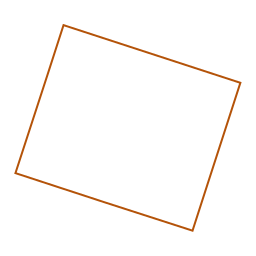 the district of Waseca, Minnesota, United States of America, rotated 108°
{"feature_id": "52423323B56333965571995", "entity_name": "Waseca", "entity_type": "district", "adm_level": 2, "iso_a3": "USA", "parent_name": "United States of America", "parent_adm1": "Minnesota", "projection": "robinson", "projection_center": [-93.527, 44.022], "detail": "fine", "context": "isolated", "style": "outline", "palette": "amber", "viewbox_px": 256, "rotation_deg": 108, "n_neighbors": 0, "source": "geoboundaries", "source_scale": "gbopen_adm2", "svg_char_len": 279}
<svg xmlns="http://www.w3.org/2000/svg" viewBox="0 0 256 256"><g transform="rotate(108 128 128)"><path d="M205.7,34.9L154.6,35.0L153.9,35.0L50.3,35.1L50.1,221.1L101.6,221.0L205.7,221.1L205.8,174.5L205.9,128.2L205.7,34.9Z" fill="none" stroke="#b45309" stroke-width="2"/></g></svg>